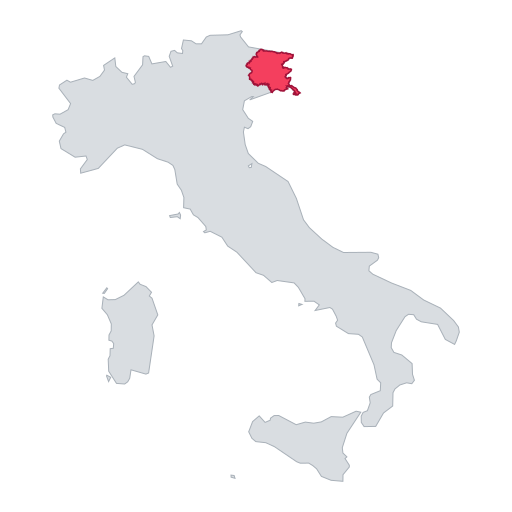 location of Friuli Venezia Giulia, Udine, Italy
{"feature_id": "23120603B53770696546298", "entity_name": "Friuli Venezia Giulia", "entity_type": "district", "adm_level": 2, "iso_a3": "ITA", "parent_name": "Italy", "parent_adm1": "Udine", "projection": "natural_earth1", "projection_center": [13.386, 46.114], "detail": "fine", "context": "in_parent", "style": "filled", "palette": "rose", "viewbox_px": 512, "rotation_deg": 0, "n_neighbors": 0, "source": "geoboundaries", "source_scale": "gbopen_adm2", "svg_char_len": 8936}
<svg xmlns="http://www.w3.org/2000/svg" viewBox="0 0 512 512"><path d="M66.9,80.2L70.5,82.2L84.5,78.0L92.8,80.4L99.9,76.4L104.5,70.1L103.6,65.4L114.8,57.9L115.8,66.5L121.9,72.3L127.8,73.7L126.4,77.2L132.2,84.3L134.6,83.7L135.4,82.4L134.0,76.4L142.6,64.8L143.0,56.7L144.5,55.8L148.7,56.4L151.9,63.9L165.8,61.5L170.5,67.3L172.7,66.2L169.2,56.3L171.0,51.3L174.6,50.4L177.2,52.8L182.5,53.5L182.8,50.5L181.5,48.6L183.4,40.0L191.4,40.8L196.0,43.8L201.5,43.8L206.3,37.0L210.1,35.3L227.9,34.8L241.2,30.7L242.3,31.6L239.9,34.9L240.6,37.0L248.5,46.9L292.6,54.8L291.9,57.2L282.5,63.4L281.8,65.8L283.2,67.9L290.4,69.5L285.4,75.4L285.5,77.6L289.3,77.9L288.7,85.1L293.4,87.3L298.6,93.6L293.3,94.7L295.5,93.0L290.2,86.9L284.7,89.5L276.0,86.9L270.0,92.6L249.7,99.9L253.3,96.6L251.8,96.5L244.4,100.8L242.7,109.6L248.3,118.3L252.7,121.4L250.7,126.7L248.0,128.7L244.4,127.2L243.4,132.0L245.2,144.6L248.3,153.5L258.3,163.3L265.7,166.5L288.1,181.6L296.4,198.5L303.5,219.8L309.4,227.7L321.8,239.1L333.0,247.4L343.5,252.5L370.9,252.3L377.9,254.2L378.7,257.7L377.5,260.1L369.3,266.1L368.9,270.8L372.8,274.2L391.5,283.0L410.7,290.4L423.7,300.0L440.5,308.1L453.6,320.5L458.4,327.0L459.3,332.1L456.3,340.8L454.6,344.4L445.3,339.4L437.6,324.4L421.3,321.8L416.5,319.2L413.7,314.7L408.5,314.3L405.0,316.7L396.2,330.6L391.5,342.7L391.2,347.6L393.9,352.4L401.8,355.0L412.1,363.6L412.5,374.3L414.4,380.3L411.8,383.7L406.6,382.8L399.8,385.0L395.0,388.9L393.0,392.7L392.7,406.0L383.5,413.0L375.7,426.4L364.1,426.6L361.3,422.4L361.2,416.2L363.1,412.4L367.4,410.7L370.2,402.8L369.3,397.1L370.9,394.5L380.3,390.7L380.7,382.8L377.1,379.2L374.0,364.8L362.3,337.0L358.5,334.3L348.4,333.6L336.4,326.2L335.6,323.1L337.6,320.2L336.2,316.2L332.5,309.2L329.9,307.5L315.1,310.5L319.3,304.9L314.0,301.2L304.9,301.3L305.0,298.7L298.4,287.4L294.1,282.9L277.2,280.5L271.8,282.5L263.5,275.3L256.0,272.7L236.9,252.2L227.7,246.1L221.9,237.2L210.2,231.3L204.8,232.8L203.5,231.6L206.3,229.9L205.8,226.5L198.0,217.6L193.4,214.8L190.2,209.1L183.6,207.7L183.9,197.5L181.4,190.3L177.2,184.1L174.8,169.5L172.9,165.4L168.1,162.2L157.4,158.7L142.4,149.3L124.7,144.9L117.3,148.2L98.3,168.4L80.7,173.2L80.4,168.9L87.3,159.5L86.0,156.0L75.1,157.2L61.0,148.6L59.3,141.1L63.5,133.9L65.9,132.2L64.7,127.4L56.2,123.4L52.9,117.1L52.7,114.9L54.9,113.8L60.0,114.2L68.1,109.7L70.6,103.6L58.9,88.2L59.5,85.0L66.9,80.2ZM251.3,167.4L251.9,163.6L248.3,165.9L249.3,167.7L251.3,167.4ZM360.8,412.2L346.9,433.3L342.3,447.6L342.9,453.0L346.9,456.9L345.0,458.5L349.3,465.2L349.3,467.0L343.0,474.7L342.9,481.3L331.1,480.3L321.4,476.4L316.6,468.8L312.8,465.6L308.7,463.1L300.3,463.2L296.6,461.7L274.5,446.7L265.8,442.7L255.8,441.6L251.9,438.3L248.7,431.8L252.6,421.6L259.2,415.9L265.1,422.4L270.2,420.2L270.5,418.2L274.1,415.6L278.7,415.5L296.2,424.7L305.3,422.1L313.7,423.2L321.3,421.9L331.2,416.6L342.8,417.2L356.1,411.2L360.8,412.2ZM152.0,298.2L157.8,314.9L152.0,324.9L154.1,335.9L148.6,373.0L145.9,374.1L131.0,369.8L129.7,378.3L127.7,381.8L124.7,384.0L116.5,383.4L108.7,371.2L108.2,359.2L110.0,355.7L110.2,348.7L113.3,348.3L113.7,343.6L111.9,341.1L108.9,340.2L109.0,335.0L111.2,330.9L111.3,323.9L107.4,314.8L101.9,308.3L103.3,296.9L108.0,299.8L115.3,299.6L124.0,295.3L138.3,281.9L140.1,284.3L146.0,286.6L151.5,292.3L149.3,296.0L152.0,298.2ZM179.4,212.5L180.6,215.1L180.2,218.7L177.3,216.7L170.3,217.5L169.6,215.6L178.1,214.0L179.4,212.5ZM110.7,377.3L108.6,381.6L106.5,375.9L106.8,375.2L110.7,377.3ZM107.6,288.7L104.3,293.4L102.7,293.2L106.8,287.8L107.6,288.7ZM235.0,478.3L231.1,477.2L231.0,475.1L234.1,475.5L235.0,478.3ZM302.0,304.4L298.7,305.8L298.9,303.5L302.0,304.4Z" fill="#d9dde1" stroke="#a8b0b8" stroke-width="1"/><path d="M272.4,92.3L272.7,91.5L274.0,90.4L274.2,90.1L274.8,89.8L275.2,89.4L276.9,89.3L277.3,89.1L277.5,89.3L277.6,89.7L277.6,89.4L278.9,89.7L280.6,90.8L280.9,90.8L281.4,90.6L282.2,91.0L282.8,90.9L283.7,91.0L283.6,90.7L284.5,90.3L284.6,89.9L284.9,89.8L284.6,89.4L285.0,89.7L285.4,89.7L286.9,88.9L287.7,88.9L287.7,88.6L286.8,88.3L286.5,88.0L286.8,87.9L286.6,87.7L286.6,87.3L286.8,86.9L287.5,86.3L287.6,86.6L287.5,86.2L287.2,86.4L286.9,86.1L287.0,86.1L287.3,85.9L287.5,86.0L287.0,85.4L287.8,86.4L288.1,86.3L287.9,86.5L288.6,86.7L288.6,86.4L289.4,86.9L290.4,86.9L290.2,87.0L293.1,89.5L293.1,89.8L293.8,90.1L294.5,90.8L294.4,90.9L295.0,91.9L294.7,92.3L294.6,92.2L294.4,92.1L294.5,92.2L294.2,92.5L294.8,92.7L294.5,92.9L294.6,93.0L294.9,92.9L294.9,92.6L295.2,92.7L295.1,92.8L295.2,92.7L295.3,92.9L295.1,93.1L295.5,93.6L295.3,93.6L295.2,93.7L296.1,93.8L296.5,93.6L296.2,93.8L296.4,93.9L296.0,93.9L296.0,94.0L295.8,94.0L296.0,94.1L295.6,94.3L295.0,93.9L293.8,93.8L293.3,94.0L293.5,94.4L294.3,94.3L295.6,95.0L297.4,95.0L297.8,94.9L297.9,94.6L298.3,94.4L298.4,93.8L300.1,92.9L299.6,92.4L298.4,91.7L297.2,90.5L297.1,90.2L297.3,90.0L297.2,89.6L296.4,88.9L295.9,88.1L294.9,87.7L294.2,87.6L293.8,87.3L293.7,87.1L292.8,86.6L292.0,85.9L291.8,86.0L291.6,85.6L290.5,85.7L290.1,85.8L290.1,85.6L289.1,85.3L289.2,84.8L288.9,84.2L288.4,83.6L288.8,82.6L289.0,82.4L289.0,81.8L289.1,81.7L289.6,81.4L289.9,80.6L290.5,79.8L290.4,79.2L290.7,77.8L290.4,77.5L289.9,77.8L288.9,77.5L288.5,77.8L288.2,78.4L287.5,78.4L287.3,78.6L286.8,78.5L286.8,78.2L286.5,78.1L286.4,77.9L286.0,77.9L285.1,76.8L285.2,76.5L285.7,76.4L286.2,75.6L286.2,75.1L285.8,75.0L285.8,74.5L286.9,74.2L287.3,73.7L288.3,73.3L288.7,72.7L289.1,72.6L289.3,72.2L290.8,71.2L291.1,70.5L291.1,70.1L291.4,69.8L291.4,69.3L290.4,68.9L289.8,69.1L288.9,68.9L288.4,69.1L288.2,69.1L288.2,68.6L287.7,68.1L286.9,67.9L286.9,67.7L286.0,67.8L285.8,67.7L285.4,67.4L284.0,67.4L284.1,67.9L283.3,68.2L282.8,67.8L283.1,67.5L282.9,67.3L283.3,67.0L282.9,66.8L282.5,66.2L282.2,65.1L282.0,64.6L281.8,64.6L281.7,64.3L282.6,64.2L282.7,63.9L283.1,64.0L283.1,63.5L283.4,63.2L283.8,63.2L284.1,62.9L284.2,62.7L283.8,61.9L283.8,61.6L284.9,61.6L285.3,61.2L286.5,60.9L286.5,60.6L286.8,60.4L287.1,60.5L287.3,60.3L288.1,60.0L288.5,59.5L288.5,58.8L289.2,58.2L290.9,57.9L291.1,58.2L292.3,58.2L292.6,57.5L292.4,57.0L292.9,56.4L292.7,56.3L292.8,55.9L292.7,55.7L293.2,55.3L293.1,54.6L292.0,54.7L290.7,54.2L290.2,53.8L289.2,53.7L288.2,54.0L288.2,53.6L287.9,53.4L287.3,53.3L286.5,53.6L286.3,53.3L286.1,53.2L286.0,52.8L285.0,53.2L283.4,53.1L282.8,53.0L282.8,52.5L281.6,52.2L281.5,52.5L280.6,52.6L279.8,53.4L279.1,53.0L278.7,53.2L278.1,53.0L277.8,53.2L277.6,53.0L277.1,53.4L276.9,53.3L276.9,53.1L276.4,52.6L275.6,52.5L275.1,52.3L274.7,51.8L273.9,51.9L271.9,51.3L270.6,51.5L270.1,51.5L269.8,51.2L268.6,51.4L267.6,51.1L267.3,51.2L266.6,50.9L265.3,51.0L264.5,50.9L263.9,51.1L263.4,50.9L263.6,50.2L263.3,50.0L263.0,50.1L262.4,49.9L262.2,49.5L260.9,49.3L260.5,49.7L259.2,50.3L259.1,50.6L259.2,51.3L258.5,51.3L257.4,52.6L257.1,52.4L256.8,52.5L256.4,53.4L256.2,54.2L256.4,54.8L256.5,54.8L256.6,55.6L257.4,56.3L257.7,57.0L257.4,57.1L257.0,56.8L256.3,56.7L255.8,57.2L254.5,56.6L253.5,57.5L253.2,57.1L253.1,57.4L253.2,57.8L252.4,58.1L251.9,58.9L252.1,59.4L251.5,59.8L251.1,60.3L250.7,60.3L250.9,61.2L250.5,61.2L250.7,61.4L249.8,62.0L249.4,61.8L249.5,62.4L249.2,63.0L249.1,62.9L248.1,62.8L247.2,63.4L247.4,63.6L247.2,63.9L247.3,64.5L246.4,64.9L246.1,65.5L246.2,66.1L246.5,66.2L246.7,66.8L247.2,66.9L247.2,67.1L247.8,67.4L248.8,67.2L249.1,67.5L248.8,68.0L249.0,68.2L250.3,68.1L250.2,68.5L250.4,69.3L251.0,69.9L251.9,70.3L252.1,70.9L252.0,71.5L251.9,71.7L251.9,71.9L251.6,72.6L251.0,72.8L250.9,73.1L250.0,73.4L249.3,74.5L249.1,74.5L248.9,75.2L248.7,75.3L249.3,75.9L249.4,76.7L249.7,77.2L249.6,78.4L249.5,78.9L249.6,79.3L250.4,79.4L250.6,79.3L250.6,79.5L250.9,79.6L250.8,79.9L251.4,80.2L252.3,80.4L252.4,80.9L252.9,81.2L252.3,81.4L252.8,82.0L253.2,82.0L253.2,82.3L253.3,82.4L253.3,82.6L253.2,82.6L253.3,82.7L253.1,82.9L253.7,83.0L253.9,83.3L253.8,83.5L254.1,83.6L253.8,83.9L254.0,84.1L253.9,84.4L254.2,84.5L254.3,84.3L254.6,84.6L254.8,84.6L255.0,85.0L255.3,84.9L255.2,84.8L255.4,84.7L255.3,84.3L255.7,84.0L256.0,84.4L256.5,84.3L256.5,84.5L256.7,84.9L257.1,84.8L257.0,85.1L257.3,85.2L257.1,85.5L257.8,86.0L258.8,85.3L259.9,84.0L260.3,84.5L261.1,83.8L261.2,83.5L261.6,83.3L262.0,83.7L262.4,83.7L262.2,84.2L262.3,84.6L262.5,84.8L262.9,84.6L262.9,84.2L263.5,83.9L263.5,83.6L264.3,83.4L264.6,83.7L264.8,83.5L264.8,83.8L264.6,84.2L264.8,84.4L264.8,84.6L265.1,84.5L265.4,84.8L265.9,84.4L266.1,84.6L266.3,84.3L266.6,84.9L267.3,84.8L267.6,84.7L267.3,84.4L267.4,83.8L267.7,83.6L267.9,84.1L268.3,84.2L268.0,84.4L268.1,84.6L268.5,84.5L268.1,84.8L268.8,85.0L268.6,85.3L268.4,85.0L268.2,85.0L268.1,85.3L268.3,85.8L268.5,85.8L268.6,85.6L268.1,86.0L268.5,86.3L268.4,86.6L268.8,86.7L269.0,87.0L269.4,87.2L269.0,87.4L269.2,87.6L269.0,87.8L269.5,88.1L269.5,88.4L269.3,88.6L269.3,88.9L269.5,88.9L269.5,88.6L270.0,88.4L269.9,88.8L270.3,89.0L270.3,89.6L270.6,89.8L270.2,89.9L270.5,90.2L270.8,90.2L270.5,90.5L270.8,90.9L271.1,90.8L271.2,91.1L271.1,91.5L271.1,91.8L271.7,91.7L271.8,91.8L271.7,92.1L272.0,92.0L272.4,92.3ZM294.7,91.5L294.8,91.8L294.7,91.5ZM294.0,93.5L293.9,92.9L294.0,93.5Z" fill="#f43f5e" stroke="#9f1239" stroke-width="1.5"/></svg>